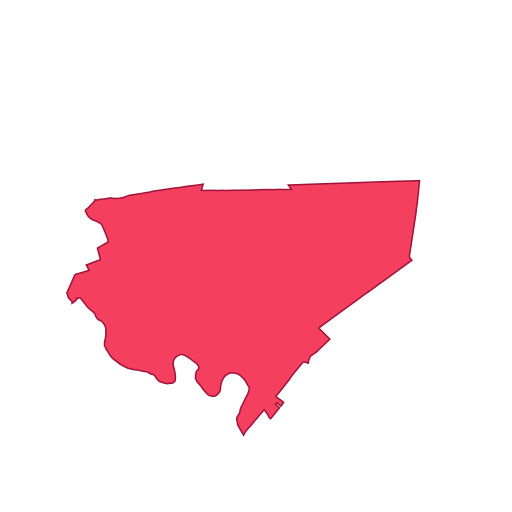 Valea Dragului, Giurgiu, Romania, rotated 54°
{"feature_id": "2599482B96012240826898", "entity_name": "Valea Dragului", "entity_type": "district", "adm_level": 2, "iso_a3": "ROU", "parent_name": "Romania", "parent_adm1": "Giurgiu", "projection": "orthographic", "projection_center": [26.302, 44.213], "detail": "fine", "context": "isolated", "style": "filled", "palette": "rose", "viewbox_px": 512, "rotation_deg": 54, "n_neighbors": 0, "source": "geoboundaries", "source_scale": "gbopen_adm2", "svg_char_len": 6062}
<svg xmlns="http://www.w3.org/2000/svg" viewBox="0 0 512 512"><g transform="rotate(54 256 256)"><path d="M393.7,371.4L392.4,368.8L391.6,366.6L391.5,366.0L391.0,363.9L390.6,362.3L390.7,362.1L390.5,361.6L390.2,360.0L389.8,358.3L388.7,354.4L388.0,351.4L387.9,350.4L387.8,350.1L387.6,349.4L387.0,347.4L385.8,342.2L385.5,341.0L385.3,340.3L385.3,339.8L385.3,339.7L390.8,339.7L394.6,340.3L396.2,339.9L395.5,336.9L392.6,326.1L387.5,327.5L387.0,325.4L392.1,324.1L391.8,322.8L391.2,321.1L390.6,319.6L389.8,319.9L386.5,320.9L383.7,321.9L381.3,322.5L381.1,322.0L380.6,319.7L380.3,318.4L379.8,316.8L379.6,316.2L379.0,313.8L377.5,308.6L376.7,305.9L376.0,303.2L375.8,302.4L375.6,301.7L375.1,300.4L373.8,296.9L373.3,295.0L371.8,289.1L370.3,283.5L369.7,280.9L369.6,280.7L369.5,280.4L369.5,280.2L369.6,279.9L369.7,279.6L369.9,279.4L371.2,278.4L371.6,278.1L372.1,277.6L372.8,277.3L373.2,277.1L373.3,276.9L373.4,276.6L373.3,276.4L373.2,276.2L372.9,275.9L372.6,275.8L372.1,275.5L371.7,275.2L371.1,274.2L370.7,273.6L370.4,273.0L370.0,272.5L369.5,271.7L369.1,270.6L369.1,270.4L369.0,269.9L369.1,268.2L369.1,267.0L369.1,265.5L369.1,265.1L369.2,264.4L369.3,263.9L369.2,263.4L369.0,262.2L366.9,247.1L366.8,246.8L366.9,246.4L366.8,245.6L366.7,245.1L351.2,247.6L351.1,243.0L351.1,236.6L351.0,230.0L351.0,217.4L351.0,210.8L351.0,197.6L350.9,189.0L351.0,188.1L351.1,186.4L351.1,164.9L351.1,148.0L351.1,134.4L351.1,132.4L347.4,132.5L346.8,132.4L346.6,132.3L346.5,132.2L320.1,106.1L314.9,101.0L313.3,99.5L313.0,99.2L312.8,99.3L311.7,98.1L309.0,95.4L307.5,94.0L303.8,90.7L300.7,87.8L297.8,85.3L295.3,83.0L295.1,83.0L291.2,79.4L276.4,101.0L270.1,110.3L217.6,188.1L223.1,188.1L222.7,188.6L222.4,188.9L219.3,193.5L216.1,197.6L215.2,199.0L214.1,200.5L212.9,202.4L207.6,209.6L205.1,213.2L200.6,220.0L199.1,222.1L198.0,223.8L192.1,232.0L187.4,238.8L185.5,241.6L185.4,241.8L185.2,242.1L184.1,243.2L180.1,249.0L177.4,252.5L175.9,254.5L172.9,258.9L172.0,260.0L170.7,261.6L166.8,256.5L164.3,261.5L162.7,264.3L162.2,265.3L161.1,267.1L159.2,270.5L158.1,272.7L157.0,274.9L156.9,275.2L156.2,276.5L155.0,278.7L152.1,283.9L147.3,293.1L142.5,302.2L142.3,303.2L142.1,303.9L140.3,307.3L139.7,308.7L135.9,316.1L133.1,321.5L132.4,322.9L130.6,329.0L130.2,330.3L129.7,330.9L129.4,331.5L129.1,332.5L128.7,333.1L128.0,334.1L127.4,334.9L126.8,335.9L126.3,336.7L124.9,338.2L123.8,339.2L123.3,339.8L123.1,340.3L121.7,343.1L121.2,344.3L120.8,345.1L120.1,346.2L119.2,347.4L119.0,347.9L117.7,350.5L117.1,351.8L116.6,352.6L116.3,353.0L115.8,353.4L116.3,353.7L116.5,354.1L117.1,355.9L117.5,358.3L117.7,359.8L117.9,361.2L118.1,362.1L118.3,362.8L118.4,363.8L118.4,364.5L118.4,365.4L118.5,366.2L118.6,366.8L118.7,367.1L118.8,367.3L119.0,367.4L119.3,367.6L120.1,367.7L121.1,367.9L121.6,368.0L123.0,368.3L124.4,368.4L125.1,368.4L127.0,368.2L128.8,367.7L130.1,367.2L131.3,366.6L133.6,365.0L135.0,364.2L136.9,363.3L138.0,362.8L139.2,362.6L139.9,362.5L140.8,362.5L141.6,362.6L142.8,362.9L152.7,365.3L154.0,365.7L157.7,367.1L156.4,379.6L167.5,384.0L163.5,398.5L169.5,399.5L164.6,413.3L174.8,430.9L175.9,431.1L177.3,431.6L178.7,432.1L180.6,432.3L181.7,432.1L182.3,431.9L182.8,431.9L183.7,431.7L184.2,431.6L184.4,431.5L184.7,431.6L185.1,432.0L185.4,432.2L185.8,432.4L186.1,432.6L186.1,432.0L186.3,431.0L186.3,430.7L186.1,430.4L185.9,429.7L186.0,429.4L186.4,428.4L186.4,428.2L185.9,427.8L185.7,427.7L185.5,427.4L185.3,427.1L184.9,426.7L184.7,426.3L184.7,426.1L184.9,426.0L185.3,426.0L185.6,425.9L185.7,425.6L185.5,425.4L185.4,425.2L185.8,423.9L186.2,423.0L186.5,422.8L195.1,422.4L197.3,422.4L199.3,422.2L206.1,420.5L207.0,420.4L208.3,420.4L209.7,420.9L211.2,421.2L212.7,421.3L215.1,420.9L215.8,420.4L217.1,419.7L218.5,419.2L219.9,419.0L222.1,419.0L224.3,419.4L225.9,419.9L228.0,421.2L232.3,424.5L233.8,426.0L236.3,428.7L237.5,429.9L239.0,431.0L240.7,431.4L243.3,432.0L245.5,432.1L246.5,432.2L248.2,432.2L249.3,432.4L250.1,432.4L251.5,432.5L253.3,432.4L256.1,431.8L259.8,430.7L262.9,429.8L265.7,428.7L268.9,427.1L271.4,425.7L273.4,424.0L275.1,422.6L277.7,419.9L278.8,418.7L280.2,417.5L280.8,416.9L281.9,415.9L283.0,415.0L285.3,412.7L286.1,411.9L286.8,411.5L287.6,411.4L288.3,411.1L289.3,410.7L289.9,410.3L290.9,409.3L291.9,408.7L293.0,408.3L294.9,408.3L295.9,408.5L296.8,408.5L298.1,408.4L299.6,408.2L300.6,407.9L301.5,407.4L302.0,407.0L304.0,405.6L305.3,404.6L306.9,403.1L307.5,402.4L308.4,400.3L308.8,399.9L309.0,399.6L309.4,399.1L309.6,398.6L309.8,397.8L309.9,397.0L309.8,395.8L309.5,394.9L309.0,394.4L306.7,392.4L305.9,391.8L302.3,389.9L299.4,388.6L295.6,387.1L294.8,386.6L293.0,385.1L291.8,383.5L290.9,381.7L290.7,379.8L290.7,377.9L291.1,376.4L291.2,375.1L291.8,374.2L293.2,372.9L295.0,371.8L296.3,371.2L298.9,370.2L302.7,368.9L305.3,368.2L307.9,367.3L309.0,367.2L310.4,367.3L310.9,367.3L311.5,367.4L312.0,367.7L312.5,367.8L312.9,368.1L313.1,368.3L313.4,368.8L313.8,370.0L314.2,371.5L314.4,372.1L314.7,372.6L315.5,373.5L316.2,374.2L317.4,375.4L318.2,376.0L319.2,376.6L319.7,376.8L320.3,377.0L322.3,377.5L323.3,377.6L324.2,377.5L327.8,377.2L329.9,377.1L332.3,377.2L333.6,377.2L336.1,376.9L338.2,376.7L339.8,376.4L340.9,376.0L341.8,375.5L342.5,374.9L343.4,374.1L344.2,373.3L344.6,372.7L345.2,371.6L345.3,371.2L345.4,370.0L345.4,369.3L345.3,368.4L345.2,367.5L344.9,366.5L344.6,365.4L344.2,364.7L343.3,363.5L343.0,363.2L342.4,362.6L341.7,362.1L340.7,361.3L338.8,359.3L338.1,358.5L337.4,357.3L336.7,356.2L336.1,355.0L335.5,353.6L335.0,352.2L334.9,351.1L334.9,348.9L335.1,347.0L335.2,346.5L335.8,345.2L336.2,344.5L338.4,341.9L339.3,341.0L340.2,340.4L341.1,339.9L342.2,339.4L343.7,338.9L345.2,338.6L346.9,338.3L348.3,338.1L350.1,338.0L350.9,338.1L351.6,338.1L355.2,338.6L356.0,338.6L357.2,338.7L358.0,338.8L358.7,339.0L359.4,339.5L360.1,340.2L361.8,342.3L362.6,343.6L364.7,347.8L366.4,350.8L369.8,357.4L370.8,358.8L371.6,359.7L372.2,360.1L372.9,360.9L373.2,361.5L373.7,362.1L373.8,362.6L374.5,364.3L374.9,365.3L375.2,366.0L375.9,367.0L376.0,367.0L376.9,367.6L378.2,368.3L379.6,368.9L380.5,369.4L382.1,370.1L382.5,370.2L383.6,370.4L385.7,370.5L387.5,370.8L389.9,371.0L393.7,371.4Z" fill="#f43f5e" stroke="#9f1239" stroke-width="1.5"/></g></svg>